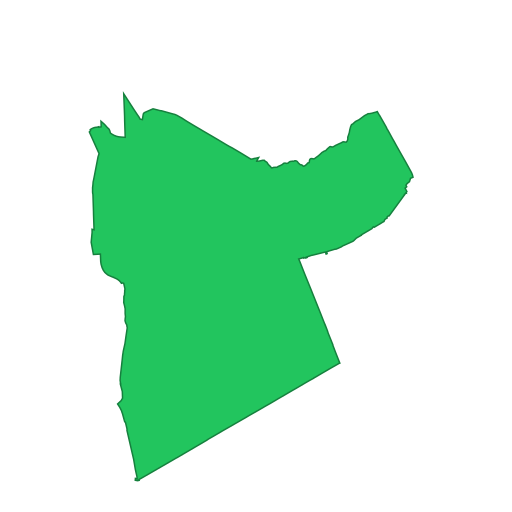 the district of Dongen, Noord-Brabant, Netherlands, rotated 76°
{"feature_id": "6326949B71586177807215", "entity_name": "Dongen", "entity_type": "district", "adm_level": 2, "iso_a3": "NLD", "parent_name": "Netherlands", "parent_adm1": "Noord-Brabant", "projection": "equal_earth", "projection_center": [4.948, 51.643], "detail": "fine", "context": "isolated", "style": "filled", "palette": "green", "viewbox_px": 512, "rotation_deg": 76, "n_neighbors": 0, "source": "geoboundaries", "source_scale": "gbopen_adm2", "svg_char_len": 5975}
<svg xmlns="http://www.w3.org/2000/svg" viewBox="0 0 512 512"><g transform="rotate(76 256 256)"><path d="M445.4,423.6L444.6,423.6L444.4,423.1L444.3,422.6L443.3,419.0L437.5,398.8L432.8,382.5L432.5,381.2L430.7,375.1L426.5,360.8L423.0,348.9L423.0,348.7L422.2,346.7L421.4,343.9L420.5,340.7L417.4,330.2L416.2,325.9L413.6,316.8L412.6,313.2L412.1,311.5L410.9,307.3L410.5,305.8L409.1,301.2L406.2,290.8L404.0,283.3L402.5,277.8L401.8,275.5L400.9,272.4L400.0,269.5L397.0,259.1L395.2,253.0L394.2,249.4L391.0,238.6L389.8,234.4L389.5,233.3L389.4,232.9L388.6,229.8L388.3,229.0L388.2,229.0L387.9,227.6L386.7,223.6L385.8,220.6L383.6,213.0L382.7,209.9L382.0,207.4L381.4,205.2L380.2,201.0L380.2,200.6L368.9,202.1L361.3,203.0L360.7,202.9L348.5,204.6L346.5,204.8L346.4,204.7L339.9,205.5L340.0,205.6L326.9,207.3L305.1,210.3L302.8,210.6L288.8,212.6L284.6,213.2L272.2,214.8L269.2,215.3L269.2,213.6L269.1,212.3L269.1,211.3L269.1,210.9L269.0,210.3L269.6,210.2L269.5,209.2L269.4,208.1L270.0,208.1L269.8,206.8L269.2,206.9L268.9,203.2L268.8,202.3L268.9,200.3L268.9,194.4L268.9,192.1L268.9,188.6L269.0,187.7L271.1,187.5L270.9,186.4L269.0,186.5L268.8,184.3L268.7,182.5L268.7,182.2L268.5,177.8L268.7,176.9L268.7,176.5L268.5,175.2L267.9,171.8L267.8,171.1L267.2,169.5L267.1,169.1L266.8,167.2L265.6,160.7L265.3,159.0L265.1,158.2L264.7,157.3L263.0,154.5L262.7,153.6L261.4,149.0L261.4,148.8L261.0,148.8L260.8,148.2L260.2,146.1L257.5,137.0L256.1,135.1L256.7,134.3L254.3,126.3L253.9,125.2L253.5,123.5L251.8,122.2L251.5,121.6L251.2,120.8L251.0,119.7L249.9,119.4L249.1,117.9L249.3,117.1L232.7,97.3L232.4,97.2L232.5,97.0L231.2,95.6L231.4,95.1L231.0,95.2L230.0,94.0L226.2,94.9L225.3,93.0L223.6,93.4L222.3,91.9L221.0,89.1L218.0,87.3L217.6,84.6L215.1,84.6L212.9,84.9L209.4,85.8L200.4,88.2L193.6,90.1L182.4,93.2L179.3,94.0L177.8,94.4L175.8,95.0L168.5,96.9L164.9,97.9L163.9,98.3L163.0,98.3L156.9,100.0L149.4,102.1L148.9,102.4L145.2,103.4L145.4,104.8L145.4,106.0L145.4,107.1L145.5,108.8L145.3,111.7L145.0,112.8L145.4,114.0L145.7,115.4L146.1,116.9L146.7,118.3L148.7,123.1L149.6,127.1L150.3,128.2L150.6,129.0L151.3,130.1L151.6,131.5L153.4,132.9L156.1,134.4L159.0,135.7L161.4,137.2L162.9,138.2L165.0,138.7L166.6,139.8L167.4,141.0L166.8,142.4L166.4,143.3L166.3,144.2L166.8,145.9L167.3,148.8L167.7,150.7L167.9,151.9L168.7,154.5L168.7,155.7L167.8,157.4L167.8,157.9L169.0,160.3L169.7,161.5L170.1,162.1L170.5,162.5L170.6,162.9L170.8,164.7L171.1,165.5L171.5,166.9L173.2,169.9L174.2,172.0L174.8,173.6L175.6,175.4L175.7,176.0L175.7,176.5L175.5,177.1L175.1,177.9L174.9,178.5L174.8,179.2L175.1,180.1L175.6,180.6L176.1,180.9L178.0,181.7L178.3,182.0L178.3,182.5L178.3,182.9L178.3,183.4L179.2,184.5L179.6,185.2L179.8,185.8L180.2,186.5L180.4,187.6L180.5,188.0L180.3,188.2L180.1,188.6L179.8,188.7L179.3,189.0L178.9,189.4L178.6,189.7L178.5,190.0L178.4,190.3L178.2,190.7L177.8,191.2L177.0,191.7L176.4,192.2L174.4,193.1L173.9,193.5L173.4,194.1L173.1,194.8L173.0,195.4L173.0,195.9L173.2,196.5L173.1,197.2L172.8,197.6L172.8,198.2L172.7,198.7L172.6,199.2L172.6,199.9L172.6,200.3L172.9,200.8L173.0,201.4L173.5,202.2L173.6,202.8L173.6,203.8L173.1,204.8L172.9,205.3L172.7,206.4L172.9,207.0L173.5,208.2L173.7,208.7L173.9,209.7L174.1,210.5L174.4,212.4L174.5,213.0L174.9,213.6L174.9,214.5L174.3,217.2L174.3,217.8L174.4,218.3L174.4,219.2L174.3,219.5L174.2,219.6L173.5,220.0L171.9,220.8L170.9,221.5L170.5,221.7L170.0,222.0L169.3,222.2L167.9,222.7L167.5,222.9L167.3,223.1L166.6,223.9L166.4,224.1L165.4,224.6L165.2,224.7L165.1,224.8L165.0,225.2L164.9,225.6L164.8,226.0L164.7,226.7L164.7,229.4L164.6,230.0L164.6,230.6L164.4,231.4L164.2,232.4L163.8,232.2L161.1,229.6L161.1,231.1L161.1,232.3L160.9,234.2L161.0,235.9L160.8,237.3L160.8,237.5L152.3,245.9L145.3,253.0L143.2,255.4L140.8,257.9L136.7,262.0L133.7,265.0L128.4,270.4L121.3,277.7L119.0,280.0L115.1,284.0L111.3,287.8L108.9,290.2L106.8,292.2L104.4,294.4L100.3,298.8L99.0,300.5L98.1,302.2L92.2,312.6L91.9,313.5L91.7,314.0L90.2,316.7L88.7,319.5L88.4,320.1L88.3,320.4L88.3,320.6L88.4,321.0L89.5,327.5L89.8,329.2L90.1,330.0L90.2,330.3L90.5,330.6L90.8,330.9L91.2,331.1L92.1,331.5L93.0,331.9L96.2,333.2L95.1,335.4L92.9,335.9L90.3,336.9L84.4,339.0L66.6,345.1L76.7,347.2L88.6,349.7L92.5,350.6L92.4,350.6L109.2,354.2L108.7,355.8L108.1,357.7L107.2,360.2L106.8,361.0L106.3,362.0L105.7,363.0L105.0,363.9L104.8,364.3L103.3,365.9L101.6,367.5L98.9,367.6L97.5,367.9L96.6,368.3L96.2,368.7L95.7,369.0L95.0,369.4L94.3,369.8L93.8,370.1L93.3,370.2L91.8,371.1L91.1,371.5L87.8,373.8L89.7,374.2L93.2,375.0L93.2,375.6L93.0,377.5L92.5,377.4L92.6,379.1L92.5,379.5L92.4,380.3L92.3,380.7L92.3,381.9L92.4,383.0L92.6,384.1L92.9,385.3L93.3,386.3L93.9,386.2L94.2,386.2L94.3,386.2L95.3,387.7L118.7,383.5L121.4,385.2L141.0,394.3L142.7,395.1L144.7,396.1L147.7,397.1L150.3,398.1L151.2,398.3L152.4,398.6L154.4,399.1L155.6,399.3L156.7,399.3L173.4,402.9L176.4,403.6L191.4,406.8L190.4,408.6L193.4,409.3L202.8,412.6L215.2,413.4L216.5,406.5L223.7,408.0L226.4,408.3L229.1,408.2L230.4,408.1L231.3,407.9L232.9,407.6L235.4,406.6L237.3,405.3L238.8,404.1L241.7,400.3L242.3,399.2L242.5,399.2L244.3,396.9L244.8,396.4L245.5,395.7L246.3,395.1L246.6,394.8L247.3,394.4L248.4,393.8L248.8,393.6L249.9,393.2L250.0,393.0L249.9,392.8L249.7,392.4L250.5,391.0L251.5,391.0L256.3,391.1L258.1,391.9L258.9,392.0L260.2,392.5L262.5,393.2L262.8,393.7L263.4,394.0L267.2,395.0L269.1,395.6L272.5,395.6L275.1,395.7L275.8,395.8L280.2,396.9L281.6,397.1L283.1,397.3L285.2,398.1L285.8,398.3L287.0,398.7L287.4,398.7L288.5,398.7L289.0,398.6L289.5,398.6L291.5,398.1L292.0,398.1L293.4,398.3L294.0,398.2L295.0,398.5L302.0,401.4L309.2,404.3L316.2,407.8L318.2,408.6L319.8,409.3L324.8,411.1L340.7,417.0L342.7,417.6L343.6,417.9L344.7,418.0L346.0,418.2L347.4,418.2L347.4,418.6L355.2,418.5L361.7,419.9L363.7,421.8L366.1,426.1L369.9,424.8L373.8,423.9L374.6,423.9L376.7,423.7L385.1,423.5L385.7,422.9L392.7,423.0L394.0,423.4L416.8,423.8L423.6,423.9L433.9,424.7L441.4,424.9L443.4,425.2L442.6,426.8L444.4,427.4L445.4,425.2L445.4,423.6Z" fill="#22c55e" stroke="#15803d" stroke-width="1.5"/></g></svg>